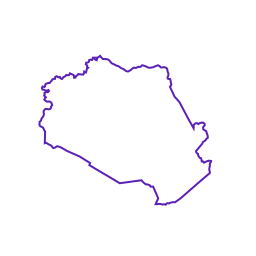 Presidente Jânio Quadros, Bahia, Brazil, rotated 135°
{"feature_id": "56859067B35100201020148", "entity_name": "Presidente Jânio Quadros", "entity_type": "district", "adm_level": 2, "iso_a3": "BRA", "parent_name": "Brazil", "parent_adm1": "Bahia", "projection": "orthographic", "projection_center": [-41.74, -14.693], "detail": "fine", "context": "isolated", "style": "outline", "palette": "violet", "viewbox_px": 256, "rotation_deg": 135, "n_neighbors": 0, "source": "geoboundaries", "source_scale": "gbopen_adm2", "svg_char_len": 3187}
<svg xmlns="http://www.w3.org/2000/svg" viewBox="0 0 256 256"><g transform="rotate(135 128 128)"><path d="M140.7,41.1L117.2,39.5L101.9,38.3L100.7,39.9L99.8,41.3L98.3,42.5L96.7,43.5L95.8,44.5L94.9,45.1L93.7,45.2L92.6,45.9L93.8,47.6L95.2,48.4L96.5,49.0L98.8,49.8L98.6,51.4L99.5,52.2L98.4,53.7L97.7,55.1L98.4,56.3L98.1,58.0L97.5,59.3L96.8,60.2L97.1,62.1L96.2,63.6L86.5,64.4L85.0,65.1L83.3,64.7L81.9,64.5L80.5,64.9L78.7,64.6L77.5,65.7L76.5,67.3L75.9,68.8L74.9,70.5L75.5,72.5L75.6,74.1L74.6,75.3L73.4,75.6L71.9,75.6L70.8,77.0L71.1,78.4L72.0,79.7L74.0,80.8L75.4,81.0L75.7,82.5L76.8,83.5L78.7,83.8L80.0,83.4L80.6,82.4L81.8,81.4L78.6,92.8L73.3,109.9L72.9,117.2L69.2,127.5L67.4,127.7L66.2,128.5L65.5,130.0L64.5,131.2L63.6,132.8L64.9,134.3L64.5,135.7L63.1,136.3L61.7,137.1L60.7,138.3L60.2,139.6L59.6,140.6L58.9,141.5L58.4,142.6L58.6,144.0L59.5,145.5L60.8,146.5L62.0,147.7L61.9,149.5L62.4,151.1L63.7,151.8L65.4,152.5L67.5,153.3L69.2,154.6L70.3,155.4L71.4,157.4L71.7,158.7L72.3,159.9L72.8,161.1L73.7,162.4L75.6,162.4L76.7,162.9L77.3,163.9L78.5,164.4L80.0,164.9L80.7,165.9L81.8,166.8L83.5,167.0L85.3,167.1L86.4,167.4L88.0,167.9L89.1,169.6L89.3,171.4L89.7,173.2L90.5,175.1L90.7,176.4L90.9,177.6L91.2,178.9L92.1,180.3L92.5,181.7L93.0,183.4L93.6,184.7L93.8,185.8L93.6,187.5L93.5,188.7L93.5,190.0L94.3,191.7L95.8,193.3L97.0,194.6L97.0,196.6L96.7,198.7L99.1,199.0L100.3,199.8L100.9,198.8L102.2,198.1L103.0,200.0L101.8,201.3L103.1,202.5L104.2,201.9L105.3,201.5L106.0,202.7L107.3,203.5L108.9,202.5L110.3,202.8L111.3,203.7L112.7,203.0L112.7,200.9L113.9,200.0L113.6,198.8L115.3,198.9L117.1,197.7L118.5,197.0L119.0,198.9L120.5,197.8L121.9,197.4L123.0,198.8L124.3,200.2L124.9,201.3L126.2,201.0L128.2,201.5L129.5,200.8L130.6,201.7L129.5,202.9L129.0,204.0L129.7,205.6L130.4,207.7L132.1,207.1L133.3,207.9L134.3,209.2L135.6,208.9L137.7,209.6L140.0,209.3L140.6,210.9L140.1,212.4L141.5,213.2L141.8,215.0L143.2,215.6L144.9,214.4L145.8,215.3L146.9,215.8L148.3,215.5L150.2,215.4L151.6,215.2L152.6,216.3L154.1,216.9L155.2,217.4L156.3,216.7L158.0,216.0L159.0,217.7L160.6,217.2L161.3,215.7L160.4,214.6L160.0,213.2L159.3,212.3L158.5,211.5L157.4,211.1L157.7,210.0L159.4,210.0L160.7,211.5L162.5,211.8L163.2,210.6L164.4,210.2L164.4,207.7L165.8,207.7L167.1,207.2L167.1,205.7L166.7,203.9L165.6,203.0L164.6,201.9L164.3,200.2L164.8,199.1L165.4,197.8L167.3,197.5L168.2,196.7L169.6,196.5L171.1,197.5L172.0,198.9L172.9,199.9L174.6,199.9L176.3,199.2L177.3,197.6L178.6,196.6L180.4,196.0L182.3,195.9L183.5,195.2L184.7,194.7L186.2,194.9L187.1,193.9L188.4,192.9L188.8,191.4L188.3,189.9L187.8,188.5L188.3,186.9L188.9,185.3L189.1,184.1L197.6,176.1L196.4,175.5L196.0,174.2L195.8,172.8L195.1,171.1L194.7,169.5L195.0,168.3L195.0,166.7L193.7,165.8L192.3,165.5L190.9,165.2L189.4,162.4L189.0,161.0L187.9,157.1L187.5,155.3L182.4,142.2L179.6,130.1L181.6,129.0L173.8,98.5L172.9,94.8L155.4,81.5L155.5,80.2L155.6,78.8L155.5,77.1L155.2,75.5L154.4,74.7L153.7,73.5L153.1,71.9L153.5,70.6L151.7,68.8L152.9,65.7L156.4,56.9L162.3,54.6L161.4,53.7L160.4,53.0L159.5,52.1L158.4,50.8L157.6,49.3L156.0,48.2L155.6,47.1L154.3,47.3L153.2,46.9L152.5,45.7L150.9,45.2L149.8,44.5L148.5,43.7L147.4,42.3L140.7,41.1Z" fill="none" stroke="#5b21b6" stroke-width="2"/></g></svg>